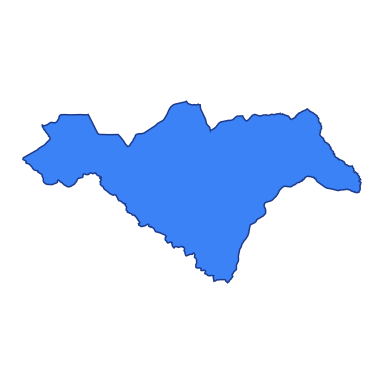 Bazega, Bazéga, Burkina Faso
{"feature_id": "67063806B75312427459337", "entity_name": "Bazega", "entity_type": "district", "adm_level": 2, "iso_a3": "BFA", "parent_name": "Burkina Faso", "parent_adm1": "Bazéga", "projection": "albers", "projection_center": [-1.393, 11.898], "detail": "fine", "context": "isolated", "style": "filled", "palette": "blue", "viewbox_px": 384, "rotation_deg": 0, "n_neighbors": 0, "source": "geoboundaries", "source_scale": "gbopen_adm2", "svg_char_len": 6029}
<svg xmlns="http://www.w3.org/2000/svg" viewBox="0 0 384 384"><path d="M25.9,162.8L26.5,163.4L28.0,163.6L29.4,164.3L32.0,167.0L32.4,168.0L33.8,169.6L34.8,170.2L37.9,170.9L37.9,172.0L41.9,174.5L42.3,176.6L43.4,178.6L43.2,180.4L43.7,182.0L44.7,183.1L46.3,184.1L47.8,184.4L52.1,184.6L56.7,182.8L57.5,182.0L57.4,181.4L57.7,180.5L58.6,180.0L60.4,181.9L61.7,182.5L64.3,184.9L67.7,186.8L70.0,186.7L74.2,184.3L76.7,181.2L77.3,179.6L78.1,178.4L82.5,177.4L82.9,176.9L83.1,174.5L83.5,174.0L85.0,174.0L85.9,174.5L87.8,174.6L88.6,174.4L89.9,173.1L90.8,172.9L92.9,173.7L95.6,172.9L95.9,173.2L96.3,174.2L97.0,174.9L97.9,175.6L99.2,175.9L100.1,176.9L101.3,177.2L101.2,177.9L99.9,178.1L101.0,179.5L101.1,180.2L100.0,181.6L100.6,182.7L100.3,184.3L100.6,184.8L101.7,185.9L103.0,186.6L103.8,188.5L105.0,189.7L107.0,191.1L110.0,193.7L113.1,195.2L115.1,194.7L115.9,195.2L118.0,198.8L118.0,199.5L119.0,200.7L120.5,201.1L122.0,202.1L123.5,203.5L124.2,203.7L125.1,203.4L125.5,203.9L125.1,204.9L126.6,207.1L126.2,209.6L126.4,210.3L127.3,211.3L127.3,211.9L127.8,212.4L128.7,212.4L128.9,212.8L131.4,213.8L132.5,215.1L134.3,215.1L135.4,215.9L135.2,216.4L136.6,217.5L137.1,218.7L138.4,220.0L138.2,220.4L139.9,222.4L139.1,223.5L138.5,223.6L138.8,225.2L139.6,225.3L140.7,226.4L141.5,226.6L145.2,225.7L147.5,224.3L148.6,224.4L149.0,226.5L149.3,226.7L150.6,226.7L150.8,227.1L151.4,226.7L151.9,227.4L153.0,227.8L153.9,228.5L155.5,231.6L160.0,232.8L165.1,235.1L166.3,236.4L166.3,236.7L165.4,237.3L165.2,239.2L165.3,240.0L166.8,241.5L167.1,242.4L167.9,243.0L170.7,242.0L171.5,242.8L172.0,242.5L172.2,242.8L171.8,243.7L172.3,244.7L172.3,245.9L173.8,247.8L174.2,247.9L175.0,246.8L176.0,246.5L178.6,247.4L181.1,246.4L181.7,246.4L182.3,247.1L183.2,246.7L184.4,248.2L184.6,249.1L184.0,250.7L184.7,251.6L185.5,255.0L186.3,255.9L190.1,254.3L192.3,254.3L193.4,253.0L193.9,253.1L194.9,254.5L194.5,256.8L194.6,257.5L195.9,258.3L196.4,259.2L196.7,262.9L195.8,264.8L195.9,267.2L196.2,267.5L197.3,268.1L199.6,267.9L200.9,268.3L201.1,268.6L200.8,270.0L201.1,270.5L202.8,270.6L204.6,270.1L205.0,270.3L205.6,271.3L205.1,272.2L204.8,273.6L205.3,273.9L206.6,274.1L207.5,275.3L209.2,275.8L211.7,275.5L213.5,275.7L213.8,275.9L213.2,277.1L214.0,281.3L215.3,280.9L217.3,279.7L218.3,280.0L219.2,279.7L224.6,279.6L225.4,279.9L225.8,281.1L227.6,282.7L229.0,281.6L229.4,280.5L231.3,278.7L231.6,278.0L232.2,277.5L232.8,276.2L232.2,275.5L232.3,274.1L233.0,273.5L233.7,272.0L236.4,269.5L236.4,265.0L238.3,261.2L238.5,259.1L238.3,256.2L239.7,249.4L241.1,247.0L242.0,244.1L243.9,241.1L246.5,238.0L247.0,236.7L247.7,235.9L248.6,233.2L250.1,225.3L250.7,224.6L254.7,222.7L256.0,221.5L256.8,219.7L263.3,215.9L265.1,213.9L265.6,213.0L265.7,211.1L265.3,208.5L264.1,206.5L264.3,204.2L264.7,203.4L265.8,202.3L270.5,201.0L272.2,200.1L276.2,196.2L277.9,193.6L279.4,190.5L282.1,187.5L283.9,186.4L284.9,186.2L288.5,186.7L291.3,186.7L293.2,185.3L295.4,184.4L296.9,182.9L299.7,182.3L300.3,181.3L300.7,181.2L301.8,181.3L302.6,180.5L302.4,179.9L303.1,179.5L303.7,179.6L305.2,177.5L306.2,176.7L308.2,176.2L309.4,176.7L311.0,176.5L312.0,177.2L314.1,177.4L314.5,177.7L314.3,178.3L316.2,179.6L316.3,180.5L317.3,181.6L324.2,186.6L326.8,188.1L332.0,189.0L337.9,190.6L341.8,189.8L342.9,189.9L347.5,189.2L348.2,189.7L350.2,189.9L351.2,191.0L352.4,191.2L353.3,191.8L354.3,191.7L354.9,192.4L355.5,192.2L356.7,192.7L358.9,192.2L358.8,191.8L360.0,190.1L360.2,187.3L359.8,186.3L360.3,185.7L360.0,185.0L360.5,184.5L360.6,183.3L361.0,182.6L360.4,181.9L359.9,181.9L358.9,181.1L359.3,180.5L360.7,179.8L360.3,178.9L359.2,178.1L359.1,177.4L359.4,176.6L357.5,174.6L357.7,173.6L357.0,173.3L356.8,173.5L355.5,172.0L354.5,172.5L353.7,171.5L354.1,170.3L353.6,169.9L353.7,168.7L352.7,167.5L352.4,166.0L349.5,166.4L348.9,165.9L347.9,165.8L347.0,164.9L345.9,164.7L345.2,164.2L344.6,162.6L343.9,161.7L343.4,161.7L342.6,160.8L340.2,159.9L338.6,158.9L338.4,159.3L337.5,158.0L335.9,157.4L334.4,155.4L334.6,154.5L334.4,153.8L333.4,153.8L333.4,151.7L331.5,150.0L331.3,149.0L330.8,148.9L330.5,148.4L330.8,147.4L329.7,146.2L329.1,144.7L327.8,143.9L327.8,143.5L324.5,141.7L324.5,140.8L323.7,140.0L323.5,138.4L321.1,136.6L320.1,135.4L319.8,134.3L320.5,131.7L320.3,130.8L321.6,128.3L321.3,127.9L321.5,126.3L320.6,124.8L320.6,123.2L319.8,123.2L319.3,122.9L319.1,121.7L318.5,120.9L318.7,118.5L317.1,116.5L317.1,115.9L313.2,113.0L311.3,111.9L309.8,111.5L309.8,111.0L307.2,108.9L305.5,110.1L301.7,111.6L300.5,112.6L298.4,113.3L298.1,114.3L297.0,114.8L295.8,116.2L295.7,117.0L295.3,116.9L294.6,118.0L293.8,118.1L291.5,119.5L290.4,118.7L290.1,118.7L289.3,117.1L288.7,116.8L287.9,115.8L287.0,115.9L286.0,115.3L285.0,115.3L284.6,114.8L283.1,114.3L282.6,113.8L281.7,114.4L280.1,113.8L280.1,113.4L277.8,114.1L277.1,113.7L274.7,114.7L271.4,114.3L268.6,115.5L266.6,114.9L262.8,115.1L261.6,115.8L259.1,115.9L255.0,114.4L252.5,115.2L248.7,119.5L247.5,120.5L246.4,121.0L244.6,119.5L243.0,116.9L242.7,115.9L237.2,116.1L235.8,117.0L232.9,119.6L231.9,120.0L230.0,120.5L228.9,120.3L220.5,122.0L218.7,123.4L215.5,127.5L211.6,130.1L210.4,130.1L210.3,130.4L209.7,127.3L207.2,124.7L206.5,123.5L205.4,119.0L200.9,109.5L200.4,107.7L200.2,104.8L199.4,104.8L198.1,104.2L197.0,105.0L193.9,104.6L192.3,105.0L188.5,103.8L187.7,103.2L186.4,101.3L185.1,101.9L175.3,104.1L173.3,104.9L171.9,105.9L170.6,107.2L169.2,109.4L167.1,114.1L164.1,119.3L163.2,120.3L157.9,123.3L155.0,125.9L144.1,133.0L142.2,133.6L138.5,133.8L136.2,134.5L135.5,135.3L134.7,137.6L133.4,139.3L133.1,140.6L130.7,143.7L129.8,145.1L129.9,145.5L127.8,146.6L125.3,143.9L123.6,141.0L120.7,137.3L118.1,134.5L109.5,134.7L99.5,134.4L98.5,134.1L97.4,132.8L88.2,114.5L86.5,114.9L79.9,114.6L70.5,114.9L65.4,114.6L61.1,114.7L59.5,115.7L59.0,117.1L59.1,117.8L58.4,119.2L57.0,121.5L56.0,122.3L54.9,122.8L51.4,122.4L50.3,122.6L47.3,124.7L44.6,125.7L43.6,125.8L42.3,125.0L42.2,126.1L44.3,130.0L45.2,130.5L45.7,131.8L48.5,135.2L48.5,136.1L49.9,137.4L50.1,139.2L47.0,142.2L44.7,144.8L39.3,148.1L38.4,148.7L38.0,149.5L23.3,157.8L23.0,159.5L25.8,161.0L26.3,161.6L25.9,162.8Z" fill="#3b82f6" stroke="#1e3a8a" stroke-width="1.5"/></svg>